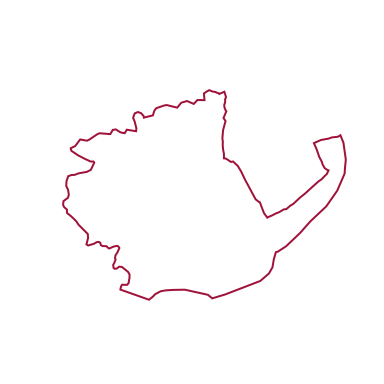 outline of Katsina-Ala, Benue, Nigeria, rotated 28°
{"feature_id": "59680162B67606782034303", "entity_name": "Katsina-Ala", "entity_type": "district", "adm_level": 2, "iso_a3": "NGA", "parent_name": "Nigeria", "parent_adm1": "Benue", "projection": "mercator", "projection_center": [9.542, 7.289], "detail": "fine", "context": "isolated", "style": "outline", "palette": "rose", "viewbox_px": 384, "rotation_deg": 28, "n_neighbors": 0, "source": "geoboundaries", "source_scale": "gbopen_adm2", "svg_char_len": 2584}
<svg xmlns="http://www.w3.org/2000/svg" viewBox="0 0 384 384"><g transform="rotate(28 192 192)"><path d="M296.4,72.2L294.9,74.7L289.8,78.2L287.5,80.8L287.4,80.8L281.5,85.5L276.7,91.6L282.0,95.8L287.9,101.3L292.2,104.2L294.3,106.3L297.9,108.6L301.1,109.0L302.4,108.8L302.6,112.8L301.5,116.0L300.5,119.8L298.6,123.5L292.2,141.2L290.3,145.4L287.1,154.7L285.2,158.0L283.3,162.8L281.1,164.4L278.5,168.8L276.2,171.5L273.4,175.5L271.5,177.8L270.5,179.3L265.4,176.8L256.7,169.2L255.7,169.3L251.6,168.6L232.9,156.1L225.6,150.7L220.2,147.5L213.9,145.8L212.2,147.2L208.2,146.7L205.6,146.7L204.4,147.3L202.3,143.3L199.8,140.3L197.5,136.9L195.3,132.6L193.7,130.5L190.4,122.8L188.3,113.6L185.1,111.9L184.4,104.6L182.9,103.8L181.3,102.4L180.5,101.4L179.7,100.3L179.0,96.9L177.6,94.4L177.7,93.7L177.4,92.1L173.5,88.3L170.1,92.6L169.7,92.2L167.1,92.7L165.8,92.7L162.7,93.7L159.4,94.0L157.6,96.8L156.3,99.4L159.9,105.0L153.6,108.3L152.2,113.4L144.9,114.0L143.2,115.7L141.5,117.3L140.6,118.3L139.3,124.5L128.8,127.1L126.5,129.0L121.1,134.8L120.6,137.4L121.0,140.2L121.5,142.7L114.6,148.9L113.4,147.5L109.9,146.3L106.7,146.8L104.5,149.5L105.2,154.2L108.3,156.7L113.0,161.9L114.1,164.6L105.2,167.6L105.0,171.6L102.3,172.6L100.2,172.9L95.4,172.5L92.9,174.3L92.7,179.1L91.2,180.0L90.2,180.3L82.7,183.6L81.1,185.7L77.0,193.5L75.2,196.0L68.6,198.1L67.3,206.3L64.4,210.2L64.7,210.9L66.3,212.3L74.2,213.1L83.4,213.0L84.5,212.8L87.6,212.8L89.5,212.1L90.7,211.3L91.9,212.0L92.3,219.9L89.7,223.6L83.2,228.7L80.2,232.1L77.7,233.5L75.3,236.1L76.1,241.3L78.1,245.7L81.5,248.2L84.5,252.2L85.2,255.3L82.8,260.4L84.3,264.0L86.3,265.4L89.8,266.2L91.0,268.4L91.8,269.3L95.4,269.9L99.0,270.8L103.6,272.2L107.3,274.2L119.7,278.0L121.8,281.3L123.4,287.8L125.4,288.0L129.5,284.0L131.6,280.8L133.2,279.8L134.8,279.9L136.5,281.7L138.5,281.7L141.9,280.0L143.9,280.7L145.5,280.7L148.3,277.1L151.0,274.8L152.4,274.6L154.2,275.6L154.5,280.2L154.2,284.0L155.1,286.6L156.2,287.4L156.7,291.3L156.6,293.3L158.4,295.9L159.8,296.1L161.4,295.0L162.8,292.1L165.3,291.1L168.2,291.6L170.1,292.0L173.2,292.6L175.6,294.2L177.1,297.1L178.8,302.3L178.2,304.5L173.8,306.7L173.7,308.9L174.6,311.8L204.6,307.3L206.6,302.8L207.2,300.2L208.3,298.2L211.1,294.2L215.1,291.1L221.3,287.3L231.6,281.6L254.3,275.3L259.8,276.4L269.2,267.1L293.7,238.9L294.0,238.6L298.2,227.8L298.4,220.7L297.0,216.5L295.8,213.0L295.2,209.9L294.3,205.7L295.7,204.5L299.7,197.3L300.6,195.6L306.7,177.3L310.3,162.3L317.3,141.7L319.6,122.6L318.1,104.1L317.8,103.4L316.4,100.4L312.6,91.2L302.6,77.4L300.3,75.5L296.4,72.2Z" fill="none" stroke="#9f1239" stroke-width="2"/></g></svg>